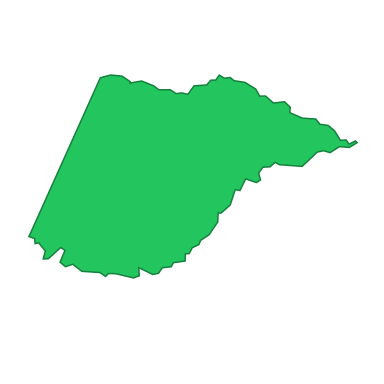 the district of Nacogdoches, Texas, United States of America, rotated 294°
{"feature_id": "52423323B39218063073671", "entity_name": "Nacogdoches", "entity_type": "district", "adm_level": 2, "iso_a3": "USA", "parent_name": "United States of America", "parent_adm1": "Texas", "projection": "mercator", "projection_center": [-94.585, 31.535], "detail": "fine", "context": "isolated", "style": "filled", "palette": "green", "viewbox_px": 384, "rotation_deg": 294, "n_neighbors": 0, "source": "geoboundaries", "source_scale": "gbopen_adm2", "svg_char_len": 1228}
<svg xmlns="http://www.w3.org/2000/svg" viewBox="0 0 384 384"><g transform="rotate(294 192 192)"><path d="M84.9,61.2L85.5,67.2L81.0,69.7L83.2,72.5L78.5,82.0L70.3,83.3L72.6,87.9L87.9,94.7L87.0,99.7L74.2,100.0L72.3,106.8L77.5,112.5L74.7,123.6L81.0,140.7L79.7,147.4L83.5,148.8L86.4,155.7L89.7,173.5L94.0,177.9L101.2,174.1L100.7,189.7L104.2,194.5L110.7,195.7L115.3,203.5L119.9,203.8L126.1,213.8L132.8,211.1L134.6,214.5L141.2,214.9L146.8,219.7L151.2,219.5L159.9,225.0L175.1,227.7L183.6,224.4L184.5,227.1L195.7,232.2L211.8,230.5L212.8,235.2L225.8,235.7L226.8,247.0L230.8,249.7L236.4,245.2L243.5,246.7L246.7,253.0L252.9,255.9L252.5,260.8L260.2,282.2L279.4,290.2L283.2,295.4L284.1,302.1L293.3,308.2L296.8,317.7L304.3,322.8L305.1,320.5L299.6,316.0L302.2,311.7L299.6,306.6L305.9,297.3L308.2,289.3L305.9,281.3L309.0,275.4L304.4,262.8L304.2,249.1L309.3,247.3L312.1,239.9L306.4,230.2L309.6,220.1L307.1,214.8L311.9,208.5L313.7,195.9L310.8,185.2L312.1,180.3L309.1,175.2L309.9,169.4L303.8,168.1L301.8,163.7L295.8,161.9L289.8,150.7L279.6,148.5L278.3,142.3L275.4,137.4L276.6,130.5L271.9,120.2L273.4,113.7L272.9,100.8L266.3,91.0L267.7,90.6L269.4,80.9L265.8,70.1L259.1,61.8L84.9,61.2Z" fill="#22c55e" stroke="#15803d" stroke-width="1.5"/></g></svg>